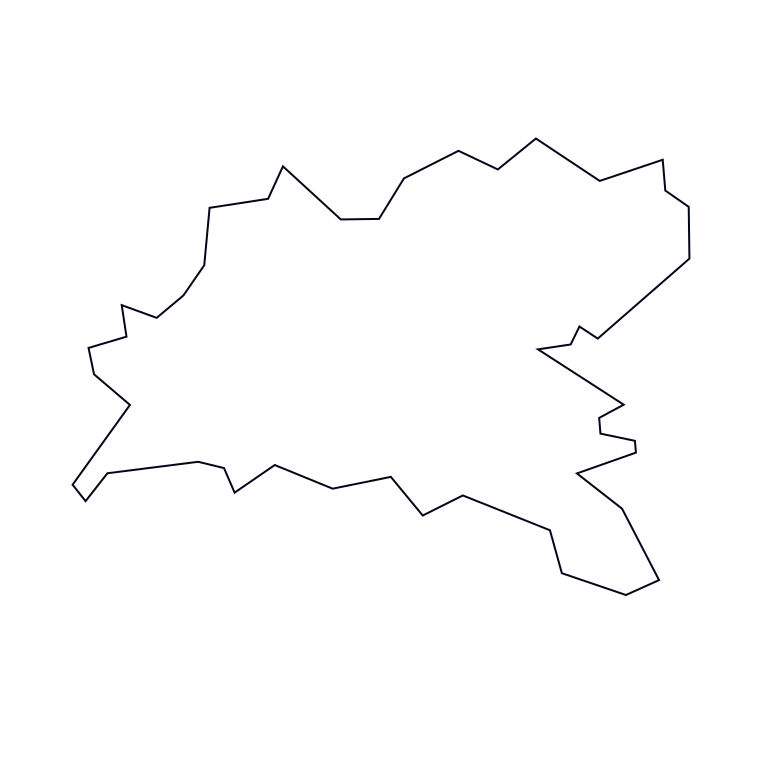 SVG path tracing the border of Bihar, rotated 175°
{"feature_id": "IND-3258", "entity_name": "Bihar", "entity_type": "State", "adm_level": 1, "iso_a3": "IND", "parent_name": "India", "parent_adm1": "", "projection": "mercator", "projection_center": [85.594, 25.909], "detail": "coarse", "context": "isolated", "style": "outline", "palette": "ink", "viewbox_px": 768, "rotation_deg": 175, "n_neighbors": 0, "source": "natural_earth", "source_scale": "10m", "svg_char_len": 750}
<svg xmlns="http://www.w3.org/2000/svg" viewBox="0 0 768 768"><g transform="rotate(175 384 384)"><path d="M575.9,322.7L667.3,319.2L691.5,293.3L703.0,310.8L638.9,385.3L672.0,418.9L675.2,445.7L636.4,453.6L638.4,485.4L604.7,469.7L576.1,489.7L552.7,518.0L542.4,574.7L483.3,578.6L465.7,609.6L412.7,551.7L374.6,548.9L346.2,587.1L289.5,609.8L251.9,587.8L211.3,615.3L151.4,567.5L86.8,583.1L86.9,552.2L65.0,533.9L68.8,482.3L167.1,410.6L184.3,424.2L194.6,407.1L227.6,405.1L147.0,342.5L172.6,331.5L172.7,315.7L139.0,305.5L139.0,293.7L199.6,278.1L157.7,239.0L127.1,164.7L161.4,152.7L223.3,180.0L231.4,223.8L315.2,266.1L356.9,249.6L385.3,290.9L444.3,284.2L499.9,312.8L542.3,288.8L550.7,314.2L575.9,322.7Z" fill="none" stroke="#020617" stroke-width="2"/></g></svg>